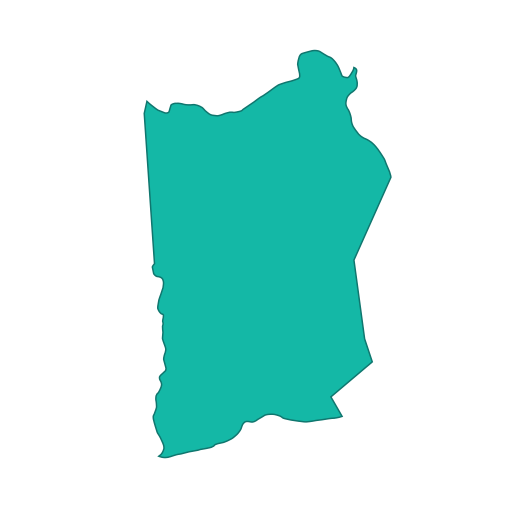 San Juan, La Paz, Honduras, rotated 277°
{"feature_id": "27666195B87762475019358", "entity_name": "San Juan", "entity_type": "district", "adm_level": 2, "iso_a3": "HND", "parent_name": "Honduras", "parent_adm1": "La Paz", "projection": "albers", "projection_center": [-87.732, 13.955], "detail": "fine", "context": "isolated", "style": "filled", "palette": "teal", "viewbox_px": 512, "rotation_deg": 277, "n_neighbors": 0, "source": "geoboundaries", "source_scale": "gbopen_adm2", "svg_char_len": 6027}
<svg xmlns="http://www.w3.org/2000/svg" viewBox="0 0 512 512"><g transform="rotate(277 256 256)"><path d="M396.2,128.9L383.9,127.7L236.0,156.2L234.7,155.4L233.8,154.9L232.8,154.5L232.5,154.5L232.3,154.5L226.3,156.5L225.9,156.7L225.4,157.1L225.0,157.6L224.5,158.2L224.0,159.0L223.8,159.6L223.6,160.3L223.6,161.6L223.5,162.6L223.2,163.9L222.8,164.8L222.5,165.2L222.3,165.5L221.6,166.2L220.8,166.6L219.7,167.1L218.1,167.5L216.8,167.6L215.5,167.6L213.2,167.6L206.2,166.2L203.2,165.5L201.6,165.2L200.6,165.0L196.8,164.8L194.2,164.7L192.5,164.8L191.8,165.0L190.7,165.6L189.5,166.4L188.7,167.1L187.8,168.1L187.1,169.1L186.9,170.1L186.7,170.8L186.4,171.1L186.1,171.3L185.2,171.4L183.8,171.5L182.7,171.4L180.9,171.3L180.1,171.3L179.5,171.4L178.4,171.9L177.7,172.0L176.9,172.1L175.6,171.9L174.9,171.8L173.6,172.0L171.8,172.3L170.5,172.6L169.2,172.9L168.5,173.0L165.3,173.1L163.2,173.2L162.5,173.3L161.8,173.6L160.4,174.2L154.4,177.2L153.3,177.6L152.7,177.8L151.7,177.9L150.3,177.8L149.1,177.7L147.4,177.3L146.2,177.1L144.1,176.9L142.7,176.9L142.0,177.0L134.1,180.2L133.4,180.4L132.9,180.4L132.4,180.4L131.5,180.3L130.9,180.0L126.3,176.1L125.2,175.4L124.5,175.1L124.1,175.0L123.7,175.0L123.2,175.1L122.2,175.3L121.3,175.8L119.9,176.8L119.2,177.2L118.0,177.7L117.2,177.9L116.7,178.0L116.3,178.0L115.4,177.9L114.4,177.8L112.3,177.2L111.3,176.9L109.0,176.0L108.4,175.7L107.4,174.9L106.8,174.5L105.8,174.2L104.9,173.9L103.7,173.9L102.1,174.0L100.9,174.2L98.9,174.8L97.1,175.2L94.8,175.6L93.9,175.7L93.4,175.7L92.8,175.6L91.5,175.4L86.8,174.3L86.3,174.2L85.8,173.9L85.1,173.7L84.6,173.6L83.9,173.6L82.7,173.8L81.5,174.1L77.9,175.5L75.3,176.6L69.5,179.2L68.4,179.8L65.7,182.0L63.9,183.3L60.5,185.4L58.5,186.6L57.6,187.0L56.6,187.5L55.5,187.8L54.5,188.0L54.0,188.1L53.1,188.0L51.6,187.7L50.2,187.3L48.6,186.6L47.6,186.0L47.2,185.7L46.7,185.2L45.4,183.9L45.1,185.2L45.0,186.2L44.8,187.2L44.8,188.5L44.8,189.6L44.9,190.4L45.1,191.5L45.3,192.3L45.5,193.1L46.5,195.6L48.0,198.8L49.1,201.3L49.7,203.0L50.2,204.8L50.5,205.8L53.5,213.4L56.2,222.1L57.2,224.3L58.9,229.9L60.1,233.4L60.5,234.4L60.8,235.1L61.5,236.1L62.1,237.0L62.5,237.4L63.3,237.9L63.5,238.1L63.7,238.4L64.1,238.9L64.5,239.7L65.2,241.2L66.9,246.1L67.2,246.8L68.7,249.6L69.8,251.3L71.6,254.0L72.3,254.8L73.0,255.6L74.4,256.9L76.3,258.6L77.8,259.7L79.8,260.9L81.2,261.6L82.4,262.1L83.7,262.4L85.6,262.8L87.0,263.2L87.8,263.6L88.6,264.1L89.4,264.7L89.9,265.2L90.1,265.6L90.4,266.2L90.6,266.7L90.7,267.4L90.8,268.3L90.8,269.3L90.7,270.8L90.7,271.7L90.7,272.3L90.9,273.0L91.3,274.1L91.9,275.1L92.5,276.0L94.2,277.9L97.0,281.6L98.7,283.7L99.2,284.4L99.9,286.1L100.4,288.0L100.6,289.1L100.8,290.2L101.0,292.2L101.0,293.9L100.7,296.2L100.3,298.3L100.0,299.5L99.7,300.3L99.3,301.1L98.7,302.1L98.4,302.8L98.1,304.4L97.9,306.4L97.5,310.8L97.4,314.3L97.3,317.7L97.3,321.9L97.3,323.9L97.4,325.3L97.6,326.6L98.3,329.6L99.1,332.5L100.1,335.7L101.5,341.3L102.5,344.8L103.4,347.9L104.1,350.7L104.6,353.5L105.2,355.6L105.7,357.1L106.2,358.5L107.3,361.0L125.3,347.5L165.1,384.3L187.0,373.9L263.9,353.7L350.5,380.3L351.8,380.0L353.0,379.5L355.8,378.3L363.1,374.1L364.2,373.5L366.0,372.6L367.1,372.0L368.3,371.2L371.1,368.9L373.6,366.8L376.5,364.2L378.8,361.9L380.5,360.0L381.7,358.4L382.9,356.7L383.6,355.3L384.2,354.2L384.9,352.6L385.4,351.2L386.1,348.8L386.7,347.4L387.6,345.6L388.6,344.1L389.5,342.9L391.1,341.4L393.1,339.4L396.0,336.9L396.7,336.4L397.6,335.9L398.7,335.3L400.4,334.6L401.7,334.2L404.1,333.7L404.9,333.5L406.8,332.8L408.4,332.1L409.6,331.5L411.0,330.7L412.1,330.0L413.5,328.8L414.3,328.3L415.2,327.7L416.4,327.1L417.1,326.9L418.1,326.6L418.9,326.6L419.6,326.5L421.1,326.6L423.1,326.8L424.1,327.0L425.0,327.3L425.8,327.7L426.7,328.2L427.8,329.0L428.5,329.5L429.6,330.5L430.7,331.8L431.1,332.2L432.3,333.3L433.2,334.0L434.2,334.7L435.0,335.1L435.7,335.3L436.4,335.5L437.3,335.6L438.7,335.5L440.0,335.4L441.2,335.1L442.2,334.8L443.1,334.5L446.0,333.2L446.7,333.0L447.1,332.9L447.3,332.9L448.2,333.0L450.1,333.3L451.3,333.4L452.6,333.3L453.1,333.1L453.6,332.8L454.0,332.4L454.5,331.6L454.8,330.9L455.0,330.2L454.1,330.2L453.1,330.0L452.3,329.8L451.3,329.5L448.9,328.4L447.8,327.9L445.9,326.9L445.3,326.5L444.9,326.1L444.6,325.8L444.4,325.5L444.2,325.0L444.2,324.7L444.2,323.6L444.3,322.0L444.5,321.1L444.8,320.2L444.9,319.9L445.2,319.5L446.0,319.0L449.0,317.4L452.9,315.2L454.3,314.3L455.5,313.4L457.7,311.5L458.4,310.8L459.5,309.6L460.4,308.5L461.1,307.6L461.7,306.6L462.0,306.0L462.3,305.2L462.7,303.6L463.0,302.6L464.7,298.7L466.3,295.3L466.8,294.2L467.1,293.0L467.2,291.5L467.2,290.4L467.1,289.1L466.8,287.6L466.4,286.3L464.9,282.5L463.7,279.6L463.0,278.0L462.4,276.8L461.9,276.2L461.2,275.6L460.2,275.1L459.1,274.7L457.3,274.4L455.1,274.1L453.5,274.0L451.9,274.0L451.4,274.0L450.4,274.3L446.6,275.5L442.7,276.9L442.0,277.1L440.4,277.4L439.6,277.5L438.8,277.4L438.2,277.2L437.7,276.8L437.1,276.1L436.5,275.0L435.3,272.6L434.0,269.8L432.0,264.6L430.7,261.8L429.4,259.1L428.6,257.6L427.9,256.7L426.8,255.4L425.2,253.6L419.9,248.0L417.6,245.4L416.0,243.6L414.4,241.4L413.1,239.9L411.9,238.6L408.6,235.2L400.1,225.5L399.7,225.1L398.8,224.4L398.3,223.8L397.7,222.5L397.2,221.2L396.4,218.9L396.1,217.8L395.9,217.1L395.8,216.4L395.8,215.7L395.8,214.5L395.7,213.7L395.5,212.4L395.0,211.1L394.3,209.3L393.6,207.7L392.9,206.4L392.1,205.0L391.7,204.1L391.1,202.7L390.6,201.3L390.4,200.4L390.4,195.7L390.5,194.7L390.8,193.5L391.1,192.6L391.6,191.7L392.8,189.7L394.0,187.9L394.5,187.3L395.9,185.7L396.4,185.0L396.8,184.4L397.2,183.4L397.8,181.9L398.1,180.7L398.4,179.4L398.6,177.7L398.7,176.0L398.4,174.4L398.0,172.8L397.9,171.7L397.7,170.1L397.6,168.0L397.7,166.1L398.0,164.0L398.1,162.6L398.1,161.5L398.1,160.4L397.8,158.1L397.7,157.3L397.5,156.6L397.1,155.6L396.7,154.8L396.2,154.0L395.7,153.4L395.1,153.2L391.7,152.6L388.9,152.2L388.4,152.0L388.1,151.8L387.8,151.5L387.5,151.1L387.3,150.7L387.1,150.2L387.0,149.5L386.9,149.0L386.9,148.4L387.0,147.8L388.6,141.7L388.8,140.9L389.1,140.3L390.2,138.3L392.4,134.6L394.2,131.7L396.2,128.9Z" fill="#14b8a6" stroke="#0f766e" stroke-width="1.5"/></g></svg>